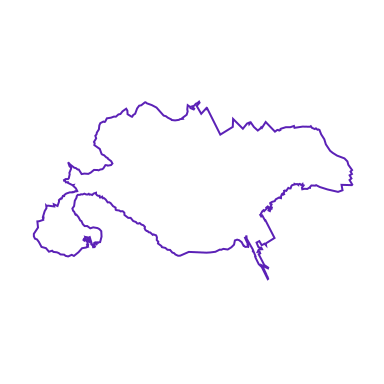 the district of Brasov, Brasov, Romania, rotated 85°
{"feature_id": "2599482B43115927474837", "entity_name": "Brasov", "entity_type": "district", "adm_level": 2, "iso_a3": "ROU", "parent_name": "Romania", "parent_adm1": "Brasov", "projection": "natural_earth1", "projection_center": [25.605, 45.626], "detail": "fine", "context": "isolated", "style": "outline", "palette": "violet", "viewbox_px": 384, "rotation_deg": 85, "n_neighbors": 0, "source": "geoboundaries", "source_scale": "gbopen_adm2", "svg_char_len": 6095}
<svg xmlns="http://www.w3.org/2000/svg" viewBox="0 0 384 384"><g transform="rotate(85 192 192)"><path d="M242.1,310.3L238.4,306.4L238.1,302.6L237.6,300.8L237.1,301.3L236.2,300.7L235.5,301.1L235.1,300.5L235.6,300.1L235.2,300.0L234.8,300.8L232.6,300.1L232.1,301.2L230.6,301.1L230.7,302.5L231.2,303.4L230.3,304.3L229.1,303.6L229.0,302.6L228.3,302.5L228.4,301.9L227.7,302.1L228.1,301.4L227.7,301.4L228.0,300.3L229.0,300.3L231.1,299.1L229.7,299.3L229.5,298.8L228.2,298.4L228.0,297.8L230.4,297.3L231.9,298.8L232.9,298.2L232.3,296.9L234.3,296.5L234.9,297.0L235.7,296.6L235.8,295.7L238.4,295.3L238.4,293.9L237.7,293.4L236.4,294.5L235.3,293.8L234.6,293.9L234.7,292.9L233.0,293.1L236.7,291.5L234.2,291.9L234.3,291.3L233.9,291.5L233.8,291.0L234.2,289.5L233.9,289.0L233.9,287.9L228.6,286.0L223.1,285.8L220.9,287.5L219.7,289.3L218.6,293.5L219.3,296.5L216.8,299.3L216.6,301.9L214.5,303.6L211.3,304.7L210.6,305.8L207.1,307.3L204.4,309.2L204.6,309.9L204.2,310.2L201.4,311.1L200.3,312.1L198.0,312.6L195.8,310.7L190.5,309.5L187.5,307.5L186.1,307.2L184.9,306.1L185.0,303.6L184.6,302.8L184.9,301.3L184.3,299.3L185.2,297.7L185.4,296.2L184.8,295.0L185.7,294.4L185.6,293.0L186.3,291.7L185.0,290.2L184.4,287.7L185.6,287.8L186.9,287.0L187.6,285.9L187.7,284.4L189.4,284.2L189.5,283.0L188.8,281.9L190.5,281.2L190.4,280.2L192.0,278.6L195.0,276.9L195.0,275.4L195.9,274.1L199.2,271.9L200.9,269.5L202.9,269.6L203.4,269.2L204.1,266.1L205.1,264.8L205.0,263.2L205.5,262.2L206.8,261.2L209.0,261.3L212.2,257.8L212.4,255.4L215.8,253.1L217.0,250.5L218.4,249.5L218.8,248.4L218.4,246.8L220.0,245.3L220.9,243.3L222.7,241.9L224.0,242.4L225.8,241.7L226.9,240.5L227.1,239.6L228.3,238.7L228.7,237.1L231.3,234.8L230.9,234.0L232.1,231.5L234.1,230.9L236.8,231.3L238.6,229.9L240.3,230.4L243.1,227.2L244.3,226.8L245.4,223.4L247.4,221.5L247.8,218.9L250.6,216.9L251.4,215.1L252.8,214.0L254.3,211.4L254.4,209.3L251.4,200.4L253.7,182.9L253.8,179.1L253.6,173.9L251.8,169.3L252.1,168.0L251.4,165.7L252.4,161.4L250.5,157.6L248.1,154.7L244.0,153.5L243.4,151.2L244.1,149.3L246.3,146.9L250.1,145.3L250.0,144.9L251.0,144.2L251.4,143.4L251.3,141.6L251.6,140.8L251.1,140.6L249.5,141.2L249.2,140.7L242.2,143.2L241.6,142.0L240.0,141.6L243.3,141.6L254.4,136.5L255.7,136.2L256.2,136.6L256.6,136.4L256.5,135.9L261.7,134.3L261.9,134.7L263.3,134.3L269.7,131.8L272.9,129.0L285.4,124.1L285.1,123.7L283.0,124.2L280.5,125.5L280.3,125.2L271.3,128.6L274.7,123.0L274.0,122.7L271.0,126.4L259.8,131.0L259.1,129.4L257.3,129.9L257.4,131.8L255.3,130.6L255.0,129.7L255.1,127.2L253.6,127.8L253.2,129.7L252.5,130.7L248.0,132.1L246.8,129.2L251.1,127.2L249.8,124.2L251.5,122.9L250.0,123.0L249.5,122.6L245.0,113.8L226.6,121.3L226.8,121.7L221.6,124.0L222.4,125.2L220.8,126.0L220.6,125.5L219.6,125.2L217.3,123.6L216.4,122.4L217.3,121.8L214.8,118.8L214.0,119.3L213.0,117.8L213.5,117.3L214.0,117.6L214.7,116.4L217.0,117.4L217.8,116.1L215.1,114.9L215.5,114.2L214.4,113.8L213.7,115.2L211.3,113.8L210.5,115.1L209.7,115.0L208.8,113.0L208.3,110.4L206.6,109.2L205.0,105.6L205.5,105.1L205.9,103.9L203.9,103.6L201.9,102.6L201.5,101.9L202.6,101.4L202.2,100.4L201.0,100.8L200.1,100.1L198.9,100.2L198.6,99.3L199.1,98.0L196.3,95.7L196.9,94.7L197.0,93.5L194.6,92.4L193.9,91.6L193.5,89.4L192.8,89.2L193.4,87.9L193.2,86.6L194.2,85.5L193.6,85.4L193.3,83.9L194.7,82.5L193.7,81.2L194.6,81.1L195.1,80.2L197.4,82.1L198.9,81.9L198.6,79.4L199.0,76.9L197.9,74.7L198.1,74.1L197.2,73.9L195.9,72.5L196.4,68.6L196.0,67.8L198.2,64.2L201.3,56.7L204.6,46.5L203.4,41.9L197.9,42.4L199.1,32.2L198.6,31.7L193.8,34.0L192.4,32.0L189.1,33.5L188.0,31.1L185.4,32.3L184.1,30.6L178.5,33.9L175.1,34.5L171.8,37.2L168.4,44.3L165.3,48.4L163.0,50.8L156.2,54.5L151.0,55.6L145.8,58.3L141.3,59.6L140.7,60.6L140.9,61.6L139.4,63.0L140.0,64.2L138.5,66.9L136.8,67.9L137.3,68.7L136.5,76.1L137.0,84.3L135.1,84.7L136.0,88.3L135.6,92.8L136.7,97.9L137.1,98.5L137.9,98.5L138.4,99.8L137.6,101.0L137.7,101.8L139.1,104.1L128.7,112.5L134.3,116.8L133.5,117.4L134.9,118.6L136.5,121.1L132.6,124.7L127.8,127.4L129.4,129.0L127.9,129.1L128.6,131.2L133.4,135.8L122.8,144.7L130.7,145.7L137.3,158.8L110.0,169.6L110.5,170.3L109.8,170.5L114.9,176.0L106.7,179.8L103.7,176.7L102.6,177.1L104.2,179.2L104.1,179.7L104.4,180.5L106.3,182.4L106.7,184.5L109.2,182.5L109.9,183.1L108.3,186.2L107.0,186.6L105.2,188.7L109.2,189.5L111.4,189.3L114.6,190.6L117.4,195.1L118.3,194.7L118.4,197.6L119.0,198.8L119.2,202.6L118.5,206.0L117.9,206.3L115.8,209.7L114.3,211.3L113.4,213.6L104.8,220.0L101.9,224.5L99.7,229.3L98.6,230.4L98.6,231.1L101.2,235.0L101.4,237.1L104.0,239.4L109.1,241.8L110.2,243.9L111.8,245.0L111.7,245.6L108.9,249.4L105.3,249.3L103.3,250.3L105.6,254.2L108.1,256.5L108.3,258.5L110.3,261.2L110.1,263.3L110.9,266.2L111.2,270.4L114.4,272.4L114.6,273.2L114.1,274.1L115.4,277.3L117.5,278.5L121.5,279.3L124.5,281.6L126.3,282.1L127.6,283.4L130.2,282.8L133.6,285.3L134.9,284.7L136.8,285.2L141.1,280.1L146.1,278.8L146.9,278.1L147.7,276.4L150.1,274.3L150.7,273.1L151.5,272.9L154.3,269.8L156.7,268.8L158.1,270.3L158.4,273.6L157.9,274.4L157.7,275.9L160.8,278.3L161.5,279.5L161.6,281.4L162.3,283.2L161.8,284.4L161.5,287.8L163.8,291.1L164.9,293.7L164.3,297.5L164.5,300.4L159.8,302.8L159.6,304.0L158.0,305.7L157.6,307.1L154.0,311.0L151.6,312.8L155.8,311.7L157.1,310.4L158.2,310.4L162.3,312.5L163.7,312.3L167.7,313.6L168.3,314.4L168.1,316.7L169.0,318.5L169.6,318.4L169.6,317.5L171.4,316.8L171.4,314.8L172.1,314.8L174.3,311.2L174.8,310.4L174.7,309.4L175.4,309.9L178.2,307.4L181.1,306.2L181.3,306.8L181.0,308.2L181.6,308.9L181.4,309.3L182.0,310.7L181.6,311.2L181.9,311.9L181.7,313.8L182.6,317.4L183.8,319.4L184.9,319.7L184.7,321.0L187.1,322.3L187.0,323.2L187.7,323.5L187.6,324.2L188.5,325.3L190.0,325.3L194.2,327.2L192.2,330.7L194.4,330.5L193.0,336.7L193.4,337.9L192.8,338.4L195.4,338.4L198.2,340.4L203.9,342.7L204.2,342.1L204.9,342.2L204.9,342.7L206.8,342.6L207.8,346.8L207.8,348.6L214.0,348.5L219.9,353.2L222.4,353.4L224.8,352.5L225.7,350.6L228.2,349.0L233.6,346.7L235.2,342.4L239.0,339.7L238.3,336.4L239.6,335.3L240.3,331.9L241.2,330.1L242.7,328.5L243.3,324.8L244.6,323.5L245.4,321.0L244.1,317.3L245.4,315.2L242.1,310.3Z" fill="none" stroke="#5b21b6" stroke-width="2"/></g></svg>